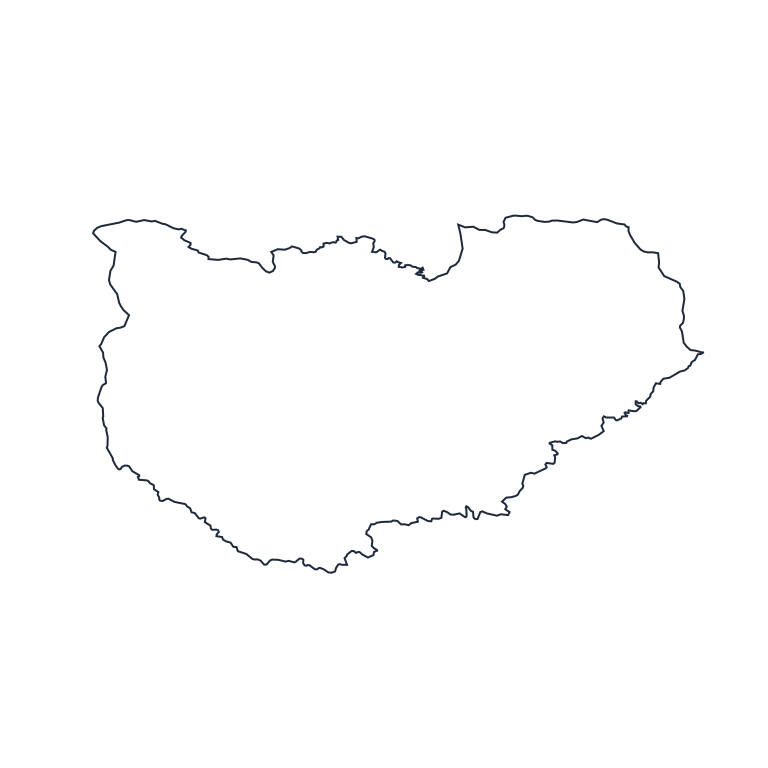 the district of Bucarasica, Norte de Santander, Colombia, rotated 99°
{"feature_id": "7082276B82300032376123", "entity_name": "Bucarasica", "entity_type": "district", "adm_level": 2, "iso_a3": "COL", "parent_name": "Colombia", "parent_adm1": "Norte de Santander", "projection": "equal_earth", "projection_center": [-72.918, 8.084], "detail": "fine", "context": "isolated", "style": "outline", "palette": "slate", "viewbox_px": 768, "rotation_deg": 99, "n_neighbors": 0, "source": "geoboundaries", "source_scale": "gbopen_adm2", "svg_char_len": 6146}
<svg xmlns="http://www.w3.org/2000/svg" viewBox="0 0 768 768"><g transform="rotate(99 384 384)"><path d="M215.0,335.6L223.4,332.1L238.0,327.5L250.7,329.3L254.8,331.8L258.2,336.7L264.9,339.0L269.5,347.7L272.2,350.3L275.3,355.8L273.6,357.8L273.0,362.0L271.6,361.1L270.6,361.6L271.1,362.9L270.6,364.9L270.9,366.7L270.2,369.5L268.4,367.9L268.4,364.8L267.7,363.8L267.0,364.5L266.8,367.4L265.0,362.9L263.1,364.0L264.3,365.1L264.4,367.3L264.1,370.0L263.5,370.8L263.7,374.3L262.6,376.4L262.7,378.6L263.4,381.6L265.1,381.4L266.0,384.2L266.0,387.8L264.2,387.9L261.8,386.2L261.5,389.2L260.8,390.7L262.3,391.8L262.5,393.9L258.8,397.7L259.0,399.2L260.1,400.2L260.0,402.1L259.1,402.8L254.8,402.9L253.2,404.3L252.9,406.7L251.9,408.7L255.2,412.4L255.3,416.5L250.4,415.5L246.8,416.6L244.3,415.6L243.0,416.0L242.3,417.3L241.1,426.0L242.1,429.4L244.0,431.8L244.2,434.1L247.8,433.2L250.2,438.5L250.0,440.9L248.0,446.2L245.3,449.1L245.7,452.9L248.9,451.8L249.7,453.2L251.5,453.4L252.0,454.1L251.8,456.4L253.7,459.9L253.5,462.4L254.8,465.7L257.6,465.1L258.8,466.8L258.8,468.5L260.0,468.9L262.0,471.5L264.1,472.1L264.8,473.8L265.1,477.8L267.0,481.6L267.2,484.5L266.4,486.0L264.9,486.6L263.4,489.1L262.5,496.3L264.7,498.8L266.9,503.1L267.5,510.1L271.2,516.0L274.3,513.1L280.7,513.0L284.8,510.1L286.4,509.9L289.7,511.3L291.9,514.5L291.3,518.0L288.5,522.2L284.3,526.6L283.8,529.1L284.2,534.0L282.7,537.9L282.4,545.5L285.0,555.2L284.9,559.6L287.3,566.9L288.1,576.9L285.9,577.1L284.5,579.2L283.1,587.8L281.3,588.7L280.5,595.4L279.2,598.5L276.6,596.8L274.9,597.2L273.3,603.6L271.1,607.3L269.1,606.8L265.0,603.9L263.4,603.7L262.4,608.7L263.4,610.5L263.1,616.2L260.4,624.9L260.4,627.9L258.7,635.6L259.8,638.9L259.6,646.5L262.6,654.2L261.9,661.1L262.5,664.1L266.0,670.7L272.4,688.2L274.6,691.7L278.0,694.4L280.6,694.9L287.2,686.6L291.7,678.1L294.1,674.9L295.5,669.8L309.4,669.6L314.9,671.9L324.4,671.9L328.6,669.9L337.0,661.6L345.2,658.3L348.3,656.1L351.7,652.9L355.9,646.6L367.5,649.5L369.6,653.1L370.8,657.0L375.6,663.7L381.5,667.7L388.9,669.6L391.3,671.0L396.9,666.4L401.7,665.3L406.6,662.3L413.5,659.8L420.3,660.4L426.7,658.7L429.1,661.6L431.0,662.5L442.2,664.4L445.1,664.2L447.1,663.1L451.8,658.0L460.1,656.2L461.3,656.6L468.6,654.0L471.4,651.1L472.8,651.2L480.0,648.5L488.7,647.4L490.3,647.8L499.9,640.2L501.4,640.0L506.2,636.6L509.3,633.5L509.8,632.0L509.2,630.9L506.7,629.8L505.2,627.4L504.8,625.0L505.2,622.9L509.5,618.9L512.4,611.5L513.2,611.4L514.3,612.6L516.9,611.0L516.3,603.1L517.0,601.2L518.6,599.7L519.9,595.6L523.9,594.7L526.0,590.0L528.9,590.2L531.3,588.2L533.2,588.0L534.2,587.0L534.2,584.3L531.7,581.0L531.0,579.1L533.2,572.6L533.7,561.5L535.9,559.0L537.0,556.1L540.8,554.0L541.1,550.7L545.6,545.9L545.7,544.4L543.8,540.7L544.5,539.3L548.5,539.3L551.0,533.3L553.7,532.4L554.6,531.4L554.9,530.6L554.0,526.7L554.5,524.9L556.0,524.0L558.6,525.7L560.5,525.7L560.5,520.0L562.9,518.6L564.1,515.4L564.7,510.7L568.4,507.3L568.1,504.2L572.0,502.2L573.4,493.5L577.4,486.6L577.6,484.3L577.0,481.5L577.7,478.3L581.2,474.1L580.6,471.7L576.1,468.9L574.9,466.9L574.2,461.2L574.8,453.5L573.6,450.4L574.2,444.9L573.5,443.5L569.8,440.3L569.4,439.1L569.5,437.2L570.4,436.1L573.5,435.9L575.5,434.1L575.7,432.4L574.7,430.8L574.7,429.2L577.7,423.5L577.8,422.2L577.5,421.1L575.8,419.4L575.7,418.0L576.6,414.1L578.8,409.6L578.6,406.2L576.7,403.0L572.9,402.5L569.5,401.0L568.9,399.8L569.1,397.0L568.4,392.2L562.2,395.7L559.7,393.9L558.1,393.7L554.0,389.9L553.7,387.9L555.2,385.1L554.0,383.4L553.8,381.8L555.9,378.6L557.9,372.7L554.6,367.7L551.4,367.6L549.7,364.7L549.0,365.0L547.7,368.4L545.8,370.8L540.7,370.9L537.4,372.8L535.0,378.0L532.2,378.1L530.2,376.4L524.5,374.8L524.1,371.6L522.2,369.5L520.5,364.1L518.8,355.3L517.3,353.5L517.2,349.3L520.0,345.2L519.3,341.5L519.6,337.5L517.2,335.4L514.7,329.0L511.5,330.2L510.0,328.4L509.9,326.9L512.5,319.1L512.2,315.8L509.8,315.5L509.2,314.7L508.6,309.0L507.2,306.4L501.2,306.6L499.9,305.4L500.5,302.0L502.5,297.8L502.2,294.7L500.0,289.2L502.9,283.0L502.4,282.1L501.0,281.8L494.3,283.2L493.0,284.0L491.9,283.6L492.7,281.4L495.6,278.5L496.3,276.1L501.7,274.7L502.8,273.4L503.1,272.0L502.7,270.5L495.4,268.8L494.4,267.0L495.7,262.3L496.4,251.8L494.4,248.3L494.1,241.0L490.9,239.9L488.7,244.6L485.9,243.6L483.7,245.3L481.7,249.0L477.1,245.5L475.8,240.3L473.9,236.3L472.4,234.5L468.7,233.3L464.7,230.7L462.9,230.5L460.7,231.8L451.7,230.7L448.7,225.0L449.0,221.4L441.8,210.8L440.7,210.3L438.3,212.0L436.5,211.1L436.4,204.3L435.1,203.2L429.6,203.5L427.8,204.7L426.3,201.6L425.3,201.6L423.1,204.6L422.6,207.4L418.2,208.2L416.9,211.1L416.2,211.1L413.8,205.9L414.0,203.8L413.2,201.1L414.4,198.1L413.9,195.6L413.6,194.7L412.2,194.3L409.3,190.1L407.4,184.3L404.4,180.3L405.9,176.3L404.9,173.3L405.5,172.6L405.6,170.9L400.6,163.9L396.2,159.6L391.4,162.7L387.6,161.0L384.1,162.7L381.6,161.9L382.3,159.1L381.1,151.5L383.3,149.5L383.5,148.2L380.9,144.2L378.9,143.8L377.9,138.9L377.3,138.9L377.0,140.1L375.0,141.9L374.2,141.3L374.4,137.9L371.8,138.2L371.8,132.8L371.2,130.5L366.8,127.0L366.1,127.3L366.1,129.6L364.6,132.3L361.7,132.7L361.6,131.8L363.2,129.7L362.4,127.4L363.5,125.4L362.4,124.8L362.2,122.4L359.5,122.4L354.8,119.0L352.4,119.1L349.0,117.0L345.2,117.1L340.8,115.6L340.7,111.2L338.7,111.2L335.1,108.9L333.1,102.9L325.4,93.6L323.5,89.1L320.7,86.3L318.7,85.8L318.0,84.4L314.2,83.5L311.6,80.6L305.6,78.6L304.8,75.8L302.7,73.1L303.1,75.0L302.3,81.6L302.5,86.6L299.8,90.8L296.4,94.4L285.6,97.9L281.7,100.7L280.1,100.6L276.9,98.3L273.1,98.0L269.7,98.4L265.1,100.7L253.0,100.6L245.3,103.0L241.9,106.5L238.7,107.6L237.1,110.9L233.6,124.1L226.0,131.0L221.0,131.3L211.9,133.7L211.9,138.9L212.7,144.3L212.5,147.8L211.2,151.5L205.4,158.5L198.2,164.4L194.5,166.5L190.9,166.9L190.6,169.3L188.8,171.5L189.0,179.0L186.8,189.3L186.8,192.7L187.7,195.2L190.8,198.8L190.4,212.9L193.8,218.8L194.9,222.5L195.4,238.0L196.3,243.6L197.7,246.0L198.8,250.8L198.8,257.9L198.3,260.2L196.1,263.4L195.5,267.7L195.5,269.7L196.7,274.0L197.1,280.3L197.5,282.6L200.8,290.0L205.3,291.3L207.6,290.1L210.3,289.9L211.5,290.4L213.5,293.2L216.8,295.9L217.3,301.1L216.0,308.2L216.9,313.7L214.7,320.5L216.6,328.4L215.0,335.6Z" fill="none" stroke="#1e293b" stroke-width="2"/></g></svg>